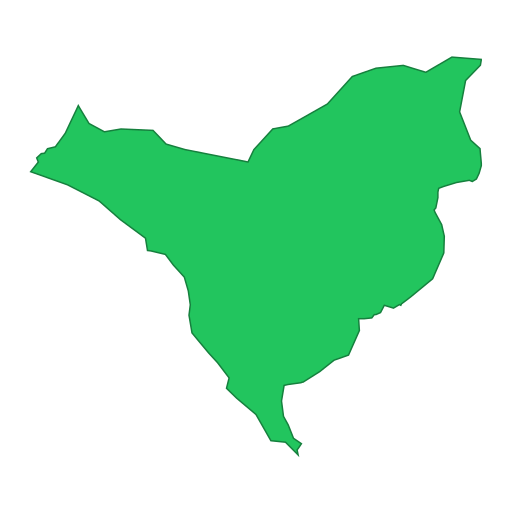 outline of Sam Gbalor, River Cess, Liberia
{"feature_id": "62588387B40614732140726", "entity_name": "Sam Gbalor", "entity_type": "district", "adm_level": 2, "iso_a3": "LBR", "parent_name": "Liberia", "parent_adm1": "River Cess", "projection": "natural_earth1", "projection_center": [-9.418, 5.385], "detail": "fine", "context": "isolated", "style": "filled", "palette": "green", "viewbox_px": 512, "rotation_deg": 0, "n_neighbors": 0, "source": "geoboundaries", "source_scale": "gbopen_adm2", "svg_char_len": 1698}
<svg xmlns="http://www.w3.org/2000/svg" viewBox="0 0 512 512"><path d="M79.5,107.7L78.3,105.6L76.5,109.5L71.8,119.4L70.1,123.0L65.3,133.2L58.4,142.7L57.9,143.3L55.4,146.8L47.5,148.7L44.6,153.2L41.3,153.6L36.7,157.9L38.3,162.1L30.7,171.7L67.5,184.8L99.0,200.9L100.1,201.8L120.6,219.8L145.5,238.2L147.5,250.5L150.8,250.9L165.4,254.4L173.4,265.1L184.3,277.1L184.6,278.1L188.3,290.9L190.3,304.8L189.0,315.2L192.0,332.9L197.7,339.8L208.6,352.9L217.5,362.6L229.1,377.9L226.5,388.3L236.8,398.3L256.0,414.5L270.9,440.7L285.5,442.2L298.1,454.9L297.1,449.9L298.3,448.3L299.8,446.1L301.4,443.7L293.5,438.3L288.2,424.9L283.5,416.4L281.5,401.0L284.1,385.4L288.0,384.5L301.1,382.7L301.7,382.3L303.1,382.1L306.9,379.7L314.8,374.7L319.6,371.7L320.0,371.4L324.6,367.7L325.5,367.0L334.2,360.1L339.2,358.4L348.1,355.2L348.5,355.1L359.4,330.5L359.3,329.5L359.2,328.0L358.6,318.7L364.3,318.7L371.8,317.9L374.3,314.6L375.9,314.6L380.5,312.6L384.3,305.3L393.5,308.1L399.4,304.6L400.8,305.3L401.5,303.8L404.5,301.6L410.9,296.7L426.9,283.5L432.6,278.8L433.9,275.9L434.2,275.1L443.1,254.6L443.8,252.9L444.3,236.3L441.7,224.7L435.0,212.3L434.1,209.9L435.8,208.0L437.9,197.6L437.9,192.1L438.7,188.3L443.8,186.4L456.5,182.5L469.3,180.3L472.3,181.5L476.4,179.0L479.1,173.3L481.3,165.7L481.3,163.4L480.4,153.3L480.0,148.6L478.0,146.8L470.7,140.2L459.6,111.9L465.6,80.5L477.3,68.4L480.4,65.2L481.2,60.4L481.2,59.4L451.9,57.1L425.8,72.3L414.3,68.8L403.3,65.4L376.0,68.2L352.3,76.5L327.4,104.0L311.5,113.0L288.3,126.1L272.8,128.9L253.9,149.6L248.0,162.0L217.6,156.0L185.1,149.6L168.9,144.9L166.1,144.1L155.8,133.3L153.0,130.4L121.0,129.0L104.4,131.8L89.0,123.5L79.5,107.7Z" fill="#22c55e" stroke="#15803d" stroke-width="1.5"/></svg>